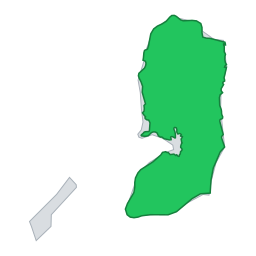 location of West Bank within Palestine
{"feature_id": "WEB+00?", "entity_name": "West Bank", "entity_type": "state/province", "adm_level": 1, "iso_a3": "PSE", "parent_name": "Palestine", "parent_adm1": "", "projection": "mercator", "projection_center": [35.24, 31.944], "detail": "fine", "context": "in_parent", "style": "filled", "palette": "green", "viewbox_px": 256, "rotation_deg": 0, "n_neighbors": 0, "source": "natural_earth", "source_scale": "10m", "svg_char_len": 3168}
<svg xmlns="http://www.w3.org/2000/svg" viewBox="0 0 256 256"><path d="M223.5,40.4L226.5,67.1L221.1,89.9L220.6,109.9L224.6,147.0L216.0,162.7L211.2,181.2L209.0,195.1L203.0,194.5L184.1,204.6L158.9,214.1L131.2,216.6L127.3,213.8L126.2,209.0L134.3,185.5L137.4,174.5L149.4,162.5L166.4,152.2L173.6,149.6L172.8,145.1L162.7,138.3L152.1,134.7L142.0,138.3L138.9,137.2L137.8,134.2L141.3,129.9L143.0,122.0L141.4,108.8L140.3,92.6L138.1,80.1L144.4,59.8L146.0,50.1L153.8,29.3L172.1,16.8L188.0,20.4L196.4,21.3L199.9,23.8L202.2,31.0L213.9,39.3L223.5,40.4ZM69.5,177.4L76.2,184.7L76.4,187.4L51.3,214.7L51.0,226.4L36.2,240.6L31.5,226.6L29.5,221.5L56.6,194.4L69.5,177.4Z" fill="#d9dde1" stroke="#a8b0b8" stroke-width="1"/><path d="M174.6,15.5L176.5,16.5L180.6,19.9L183.2,20.8L192.2,20.4L196.5,20.9L200.8,23.5L202.0,27.5L202.0,32.8L202.8,37.1L206.5,38.2L209.9,38.3L213.3,39.2L224.9,42.2L225.3,43.5L225.5,45.0L224.6,45.0L224.6,43.9L223.6,43.9L223.6,45.0L224.3,46.7L224.2,51.8L225.5,54.3L224.9,56.3L224.8,59.5L225.4,62.7L226.5,64.7L225.8,65.1L225.3,65.6L224.9,66.2L224.6,67.2L226.5,67.2L224.7,75.2L224.0,77.9L224.6,79.9L224.6,81.1L223.5,81.7L222.8,82.5L222.8,83.4L223.6,84.5L221.2,88.6L221.1,90.6L222.6,92.7L220.2,94.7L219.4,97.6L219.7,105.4L221.2,109.4L221.5,111.2L221.6,113.5L221.9,114.9L222.7,116.7L222.6,118.1L221.9,118.9L220.9,119.1L220.1,119.6L219.7,121.0L223.2,134.5L221.6,136.6L221.6,137.9L224.6,147.0L220.1,152.1L216.5,160.5L213.3,167.9L211.0,180.1L210.2,192.6L210.3,192.9L210.3,193.0L210.2,193.1L200.4,193.8L192.1,198.6L176.5,211.7L168.1,214.8L150.2,214.7L141.6,215.8L138.0,217.1L134.0,217.7L130.2,217.1L127.1,214.7L125.4,209.1L127.5,203.5L133.9,192.6L134.8,187.1L134.8,182.4L135.5,177.9L137.7,173.4L138.0,172.8L140.7,169.7L152.9,161.9L157.8,157.6L160.8,155.0L162.5,152.4L165.8,151.7L166.6,152.4L168.3,152.6L170.2,154.6L173.9,154.1L175.9,155.5L176.6,154.8L177.1,155.1L177.6,155.9L178.6,156.4L179.2,156.2L179.5,154.7L180.2,154.0L180.6,151.6L181.4,150.9L182.1,149.8L181.7,148.4L180.7,147.5L180.7,146.3L181.4,143.9L182.1,142.9L181.7,142.4L181.5,141.0L181.1,139.1L181.8,138.0L182.4,136.7L181.7,136.3L180.8,136.2L180.5,135.9L181.3,134.6L180.8,134.1L180.3,133.7L179.5,133.5L177.9,134.0L177.0,132.7L176.8,131.5L176.9,129.8L176.3,127.8L174.8,127.4L173.9,128.1L173.8,129.1L174.4,130.4L175.0,132.1L175.4,134.5L175.4,137.1L175.4,137.8L175.0,138.0L172.6,136.7L171.7,136.6L170.8,136.9L170.6,137.8L171.1,138.8L171.1,139.7L169.4,139.9L164.1,138.7L161.8,137.0L160.6,137.1L158.4,135.9L157.1,133.0L155.4,132.0L153.7,131.9L152.5,132.1L151.0,133.0L148.4,135.6L146.3,136.2L144.7,136.3L141.6,135.9L141.2,135.5L141.4,134.8L143.0,133.5L144.2,132.1L145.4,131.7L148.8,131.5L149.4,130.8L150.0,122.8L148.7,120.1L146.8,119.8L145.2,118.6L145.0,117.6L145.5,116.7L144.6,115.9L142.5,112.9L144.1,111.0L144.3,108.4L144.0,105.5L145.5,103.9L142.2,92.2L142.6,86.4L141.1,82.0L139.1,78.0L138.4,75.8L138.9,73.3L144.5,68.1L145.5,66.0L146.0,63.8L145.8,62.1L144.8,60.8L143.0,60.2L143.4,58.0L143.9,52.7L144.5,50.5L145.1,50.1L147.0,49.4L147.5,49.0L148.6,45.5L149.1,42.6L150.8,33.8L153.7,28.9L157.4,26.1L161.7,24.1L166.2,21.3L169.8,17.1L171.8,15.5L174.3,15.4L174.6,15.5Z" fill="#22c55e" stroke="#15803d" stroke-width="1.5"/></svg>